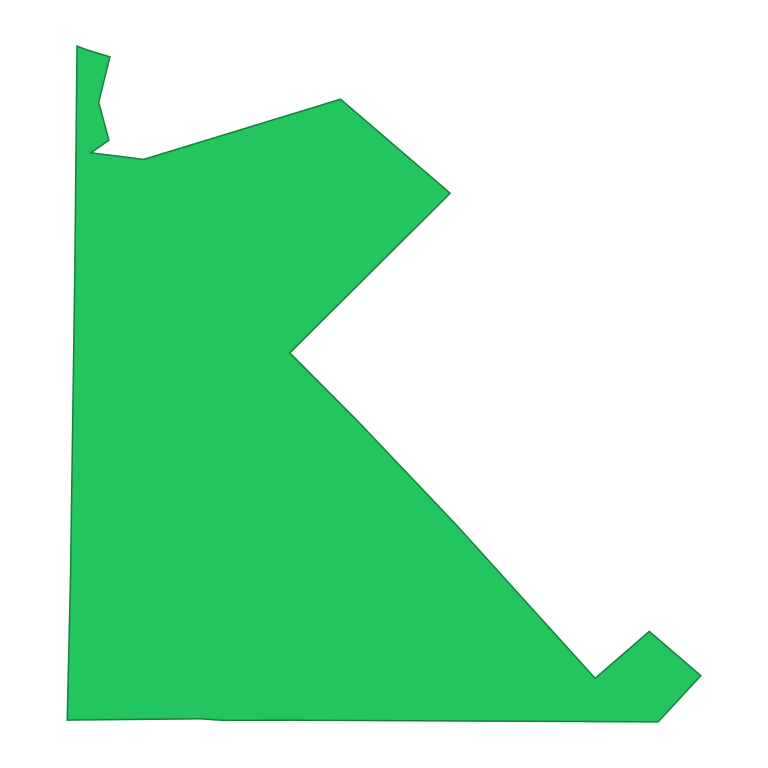 St. Francois, Missouri, United States of America
{"feature_id": "52423323B29286377635453", "entity_name": "St. Francois", "entity_type": "district", "adm_level": 2, "iso_a3": "USA", "parent_name": "United States of America", "parent_adm1": "Missouri", "projection": "equal_earth", "projection_center": [-90.477, 37.859], "detail": "fine", "context": "isolated", "style": "filled", "palette": "green", "viewbox_px": 768, "rotation_deg": 0, "n_neighbors": 0, "source": "geoboundaries", "source_scale": "gbopen_adm2", "svg_char_len": 419}
<svg xmlns="http://www.w3.org/2000/svg" viewBox="0 0 768 768"><path d="M70.5,576.9L67.2,720.1L200.3,718.8L221.8,720.3L296.3,720.2L658.1,721.9L700.8,675.7L649.3,631.4L595.1,678.3L455.8,524.4L356.5,419.9L289.8,352.9L443.6,199.8L450.1,193.2L340.5,99.2L143.6,159.4L90.9,152.8L108.9,140.2L98.7,102.2L109.9,56.9L86.3,49.7L77.0,46.1L75.1,242.4L74.9,264.6L70.5,576.9Z" fill="#22c55e" stroke="#15803d" stroke-width="1.5"/></svg>